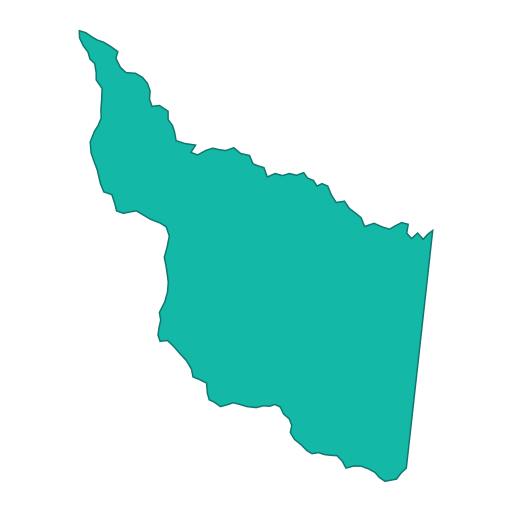 Combinado, Tocantins, Brazil
{"feature_id": "56859067B5842714986780", "entity_name": "Combinado", "entity_type": "district", "adm_level": 2, "iso_a3": "BRA", "parent_name": "Brazil", "parent_adm1": "Tocantins", "projection": "natural_earth1", "projection_center": [-46.528, -12.835], "detail": "fine", "context": "isolated", "style": "filled", "palette": "teal", "viewbox_px": 512, "rotation_deg": 0, "n_neighbors": 0, "source": "geoboundaries", "source_scale": "gbopen_adm2", "svg_char_len": 1927}
<svg xmlns="http://www.w3.org/2000/svg" viewBox="0 0 512 512"><path d="M103.8,191.9L111.9,194.7L114.8,203.6L116.6,210.9L123.3,213.3L130.2,211.9L136.4,210.9L142.7,214.6L150.3,219.2L160.1,223.0L166.2,226.8L169.3,236.1L167.1,247.2L164.3,257.2L166.2,266.9L167.3,274.5L168.3,282.1L167.5,292.1L164.8,301.8L159.4,312.5L160.7,320.1L159.0,327.8L158.0,335.0L160.1,341.3L167.5,340.5L173.7,346.4L179.4,353.0L186.4,360.6L191.5,369.2L193.0,376.9L198.9,379.3L206.6,383.1L207.4,393.2L209.2,399.8L214.3,402.1L220.4,406.6L227.8,404.6L233.2,402.7L240.0,404.5L247.1,406.6L256.3,407.6L263.4,405.8L269.6,406.2L274.9,404.5L280.3,407.0L283.7,414.2L289.2,418.8L291.8,425.4L290.3,432.5L294.5,439.4L301.3,444.9L306.9,450.6L312.0,453.7L318.4,452.6L324.7,454.6L330.8,455.3L337.1,455.7L342.1,460.9L346.0,468.1L353.4,466.1L361.0,466.1L368.5,468.9L375.0,472.4L379.4,477.5L385.0,481.3L396.5,479.1L401.0,473.1L406.3,468.1L432.7,230.5L427.7,234.3L423.2,239.3L417.6,233.1L411.6,238.6L406.7,233.1L408.2,224.3L401.6,222.6L394.8,226.1L389.5,229.2L382.9,227.2L374.0,223.3L364.6,226.5L361.1,217.7L356.1,213.6L349.3,208.4L344.4,201.2L336.2,202.5L331.5,195.2L327.7,186.1L322.0,183.6L317.0,186.1L313.4,180.4L307.5,178.1L303.7,172.6L296.5,175.3L289.4,173.5L282.4,175.6L275.2,173.5L267.3,177.0L263.9,167.6L258.4,166.0L253.0,163.8L249.5,155.5L240.6,153.5L233.8,147.7L225.8,150.6L219.3,149.7L212.8,148.2L205.9,150.4L197.7,154.9L190.9,152.4L195.6,145.1L184.7,143.5L176.1,140.7L174.5,131.8L172.4,125.4L168.1,119.6L168.1,111.3L159.5,105.5L152.0,106.4L149.5,99.2L150.1,90.9L147.4,83.3L142.6,77.5L135.5,73.3L126.0,72.6L120.4,67.4L115.9,58.3L117.8,51.7L110.3,46.2L103.6,42.2L97.6,40.2L91.9,36.9L85.8,32.7L79.3,30.7L79.6,38.0L83.1,45.5L87.9,51.9L90.0,59.1L94.7,63.6L96.2,72.9L96.2,79.9L102.1,88.5L101.7,98.9L100.9,109.5L101.2,117.9L98.3,125.2L94.4,131.4L90.2,142.1L91.1,152.8L93.6,160.1L97.3,170.0L100.4,183.5L103.8,191.9Z" fill="#14b8a6" stroke="#0f766e" stroke-width="1.5"/></svg>